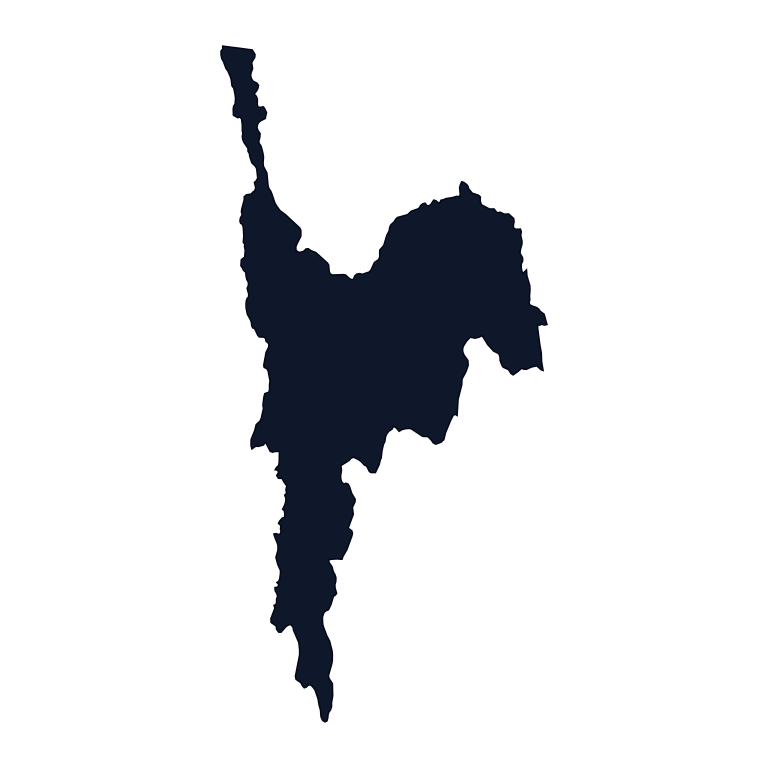 the district of Porteirinha, Minas Gerais, Brazil
{"feature_id": "56859067B51035287448150", "entity_name": "Porteirinha", "entity_type": "district", "adm_level": 2, "iso_a3": "BRA", "parent_name": "Brazil", "parent_adm1": "Minas Gerais", "projection": "equal_earth", "projection_center": [-43.104, -15.747], "detail": "fine", "context": "isolated", "style": "filled", "palette": "ink", "viewbox_px": 768, "rotation_deg": 0, "n_neighbors": 0, "source": "geoboundaries", "source_scale": "gbopen_adm2", "svg_char_len": 6102}
<svg xmlns="http://www.w3.org/2000/svg" viewBox="0 0 768 768"><path d="M271.1,622.5L276.1,625.9L276.7,629.4L278.7,632.2L281.1,632.2L286.1,626.4L288.9,624.8L291.2,624.8L293.1,627.4L293.5,630.2L298.8,642.5L299.6,649.7L299.6,654.9L295.4,676.3L296.1,679.5L300.8,682.6L302.3,685.5L304.2,687.8L306.3,687.1L307.8,685.5L310.1,684.7L312.2,686.3L313.9,688.4L315.2,690.4L318.1,699.1L319.0,704.6L320.5,710.3L321.0,716.8L322.6,720.4L325.0,721.9L327.0,720.9L327.8,717.8L328.1,714.5L328.9,712.1L330.5,709.9L331.6,706.5L331.5,703.0L332.7,695.8L332.4,683.5L329.1,678.6L328.4,675.8L331.8,663.7L332.3,660.7L332.4,654.3L332.1,651.0L329.6,641.1L326.8,635.8L323.3,626.5L322.7,623.9L322.4,617.3L323.9,612.6L325.8,610.9L328.4,609.8L330.9,604.7L333.4,596.3L335.4,595.1L336.6,593.3L335.1,588.1L334.9,584.7L335.8,581.4L335.9,577.6L335.1,575.0L333.3,571.7L331.9,566.5L329.1,562.5L328.5,560.2L330.6,559.3L336.9,558.9L342.0,559.3L342.9,556.5L346.8,549.8L351.9,536.0L352.5,533.2L351.8,530.9L348.2,528.1L353.3,514.3L352.4,507.4L355.0,501.9L355.2,499.3L351.7,493.4L349.5,486.6L348.1,484.1L345.7,483.2L344.0,484.2L341.9,482.3L340.8,479.1L340.6,475.9L341.5,470.4L340.9,465.6L349.1,460.5L350.9,458.3L353.6,457.2L358.8,459.8L361.2,461.6L364.4,465.1L366.6,466.0L369.4,471.6L371.2,472.6L375.4,472.6L379.3,464.3L380.1,460.5L381.2,457.9L382.0,450.6L383.5,444.1L384.8,441.9L385.6,436.5L387.0,433.4L389.4,430.8L391.9,429.3L393.6,426.3L396.2,427.9L399.1,431.3L401.8,429.7L404.8,428.8L409.1,428.4L411.2,428.8L422.7,436.4L427.9,436.6L431.5,440.3L433.2,442.8L435.8,444.2L441.0,442.2L443.8,439.7L445.5,432.8L450.6,420.4L453.2,415.3L455.1,414.3L457.1,415.5L458.1,399.3L461.8,384.7L462.0,379.1L466.0,371.7L468.2,365.3L467.9,360.5L463.9,354.9L462.8,351.9L462.6,349.3L463.2,346.5L466.5,341.2L470.2,337.2L475.0,338.2L479.1,337.2L481.3,335.9L483.0,336.9L487.8,344.7L493.5,351.0L498.8,353.7L500.0,356.9L500.1,360.5L502.0,365.5L503.3,367.3L508.5,369.6L510.9,373.4L513.1,374.9L518.2,371.3L521.4,368.3L523.8,369.2L526.4,369.3L531.5,367.0L536.8,365.9L541.2,369.8L543.1,370.5L541.6,361.5L541.3,353.0L539.8,344.7L537.7,328.4L537.7,324.6L539.4,325.2L541.6,324.3L544.6,325.1L547.0,324.5L544.1,314.2L540.2,311.3L538.7,309.1L536.9,307.7L530.4,305.3L529.0,303.1L529.8,299.8L529.5,296.1L530.0,290.3L529.8,285.7L526.9,275.7L526.5,269.9L522.8,273.5L521.8,270.9L521.2,267.2L521.4,263.7L522.7,261.1L522.6,257.8L520.0,253.2L520.4,249.7L522.0,243.9L522.0,241.0L520.7,235.5L521.3,231.8L520.5,229.1L515.8,229.3L513.4,227.7L513.5,224.6L514.1,221.8L513.7,218.5L508.6,213.9L504.4,214.2L500.1,212.2L497.1,212.8L494.0,208.9L489.5,209.0L481.4,204.7L480.2,201.1L480.4,197.0L478.5,195.2L472.3,193.2L468.6,188.7L468.1,186.6L466.8,184.6L463.6,182.3L461.7,181.8L460.2,185.2L459.6,187.8L460.2,194.0L459.6,196.7L456.8,196.3L452.4,197.6L445.8,198.6L443.6,199.7L441.0,200.2L439.7,203.0L437.7,202.3L435.8,200.6L433.7,200.1L430.8,204.5L428.9,205.8L426.7,205.5L425.2,203.2L422.8,203.7L420.5,205.6L419.4,207.8L417.9,208.9L411.1,211.3L408.1,214.3L406.1,215.1L397.4,217.5L395.5,219.4L394.4,221.5L390.5,225.2L389.5,228.2L389.3,230.6L386.8,235.3L383.8,245.4L379.7,250.1L379.7,257.0L378.6,259.6L374.4,262.5L371.0,270.0L369.2,272.0L362.2,274.3L359.6,273.6L356.7,274.1L354.6,276.1L353.6,279.3L351.8,279.6L349.7,278.8L345.6,275.0L343.1,274.6L332.5,275.0L330.2,273.9L329.2,271.5L328.7,265.1L327.4,263.0L315.8,252.5L311.3,250.8L308.2,248.7L306.1,248.9L303.8,251.2L301.1,252.1L298.7,252.4L296.0,250.3L295.8,247.0L297.0,243.8L300.9,236.1L300.9,230.6L299.8,228.0L285.4,214.6L280.0,210.6L276.5,205.8L274.8,202.7L271.9,193.9L270.6,190.9L269.1,189.0L268.1,186.0L266.9,173.0L263.5,166.5L263.1,163.6L263.5,157.0L263.0,153.5L261.5,147.5L260.5,145.1L259.2,143.6L258.8,141.1L259.8,137.7L260.1,133.7L257.7,129.9L257.0,127.2L257.6,124.4L258.7,122.4L260.9,120.7L265.2,118.5L266.5,112.5L264.4,108.1L263.1,106.7L261.0,107.4L257.8,106.9L257.3,104.0L257.4,99.0L256.3,96.3L254.2,94.0L257.1,90.1L258.1,87.8L258.5,85.3L256.9,83.1L253.1,81.2L251.4,78.6L250.6,75.5L251.0,73.1L252.6,68.6L251.7,62.4L254.8,57.3L255.0,54.4L252.2,49.9L222.7,46.1L222.7,49.0L221.0,51.0L221.0,54.8L221.7,58.5L223.5,61.7L226.0,68.5L227.9,71.1L230.1,76.1L231.1,79.0L232.0,85.9L233.8,88.2L235.1,94.9L235.5,98.1L235.1,103.9L233.6,106.3L233.2,109.2L233.4,115.2L237.7,117.7L240.1,117.1L241.6,119.1L242.3,125.2L242.3,130.7L242.9,133.7L242.3,136.1L242.7,139.4L243.8,142.2L248.0,148.4L248.0,151.4L249.4,153.5L249.7,156.3L251.8,162.8L255.4,166.3L256.7,168.8L257.7,178.2L256.1,181.0L254.4,182.4L255.7,187.8L254.8,190.7L252.7,192.2L251.3,194.0L246.4,194.8L244.2,196.7L244.2,199.9L241.8,208.8L241.4,211.9L242.2,214.7L240.4,218.0L239.9,221.0L240.6,223.3L242.2,224.2L243.2,226.9L243.8,235.6L243.3,242.4L244.7,244.1L244.5,246.7L245.2,250.2L244.7,257.1L241.3,259.7L240.9,265.8L242.1,267.4L243.6,270.4L245.8,272.4L246.0,275.8L246.8,279.5L248.5,282.7L248.2,285.9L247.1,288.3L248.7,294.1L248.6,296.9L247.2,298.3L246.4,300.5L246.0,303.8L246.1,308.0L247.4,314.4L250.5,319.9L251.4,322.6L251.7,325.8L252.7,327.8L254.7,328.7L257.6,335.0L259.3,337.0L263.6,337.1L265.5,338.3L266.1,341.4L267.8,342.6L268.9,344.3L268.6,347.3L266.1,352.3L263.7,365.3L264.2,367.5L266.6,368.5L268.1,370.8L270.0,380.8L269.5,384.5L269.5,389.8L268.8,392.2L264.8,393.6L263.9,397.0L262.9,405.1L263.5,408.4L261.3,418.1L260.1,421.0L256.2,424.6L254.7,430.7L251.1,439.5L251.0,445.4L251.9,448.9L255.8,446.2L258.5,446.4L263.4,445.0L265.5,442.1L270.2,451.3L272.5,452.2L275.1,451.5L279.4,451.4L279.2,461.9L278.7,465.3L276.3,467.8L275.2,469.8L277.5,470.1L278.6,472.2L276.7,475.6L278.5,478.3L282.0,478.3L283.8,481.7L286.8,486.0L285.9,489.6L286.5,493.4L284.7,495.1L286.0,498.6L285.6,501.8L284.8,504.8L282.6,509.3L284.2,510.5L284.8,513.8L284.5,517.5L282.3,518.0L279.5,521.3L278.5,523.3L280.8,525.5L280.5,528.9L281.0,531.2L280.5,533.7L278.6,534.6L276.2,533.6L273.9,534.0L274.6,536.5L277.7,544.2L278.0,546.9L277.9,550.4L275.9,557.4L277.8,564.5L280.4,570.2L280.5,572.9L279.8,578.3L278.8,581.2L276.9,582.5L278.9,584.7L277.6,587.1L274.9,587.6L275.2,590.9L276.8,593.4L277.6,596.3L276.6,598.9L276.5,602.5L275.9,604.7L274.0,605.3L274.9,608.1L270.9,618.6L271.1,622.5Z" fill="#0f172a" stroke="#020617" stroke-width="1.5"/></svg>